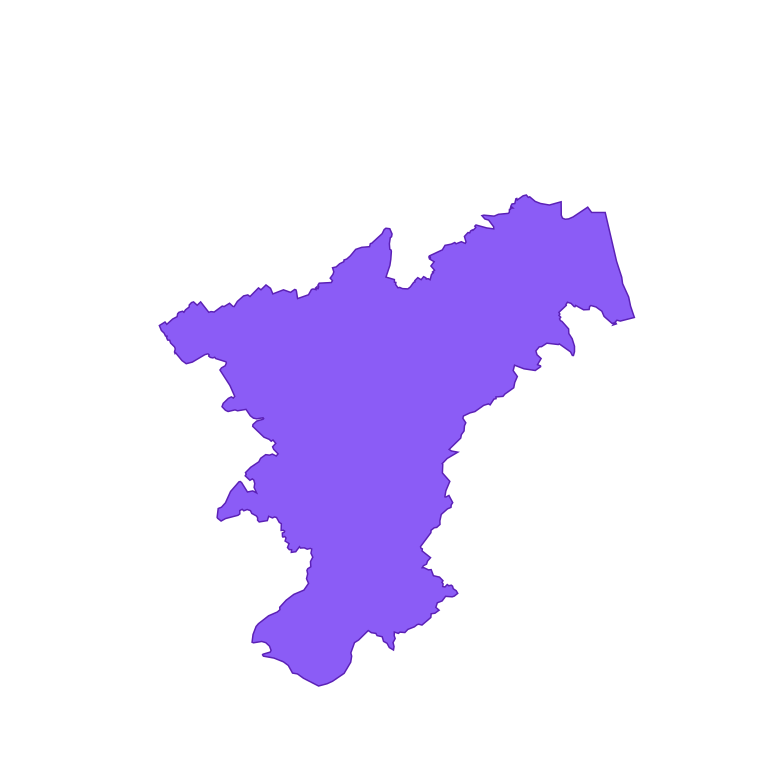 Madaripur, Dhaka, Bangladesh (orthographic projection), rotated 45°
{"feature_id": "16705992B87985099055959", "entity_name": "Madaripur", "entity_type": "district", "adm_level": 2, "iso_a3": "BGD", "parent_name": "Bangladesh", "parent_adm1": "Dhaka", "projection": "orthographic", "projection_center": [90.154, 23.231], "detail": "fine", "context": "isolated", "style": "filled", "palette": "violet", "viewbox_px": 768, "rotation_deg": 45, "n_neighbors": 0, "source": "geoboundaries", "source_scale": "gbopen_adm2", "svg_char_len": 6170}
<svg xmlns="http://www.w3.org/2000/svg" viewBox="0 0 768 768"><g transform="rotate(45 384 384)"><path d="M578.8,565.4L576.8,562.6L573.2,560.4L571.9,556.1L569.2,554.8L566.7,552.1L570.5,550.2L570.7,548.2L574.5,545.0L574.4,540.6L577.2,534.2L577.6,530.7L578.4,529.3L581.3,527.6L582.2,516.0L579.8,513.1L582.1,510.1L582.9,505.0L578.6,505.3L576.4,501.0L578.5,496.3L577.7,490.6L582.7,486.3L583.7,484.3L584.2,479.9L581.2,479.1L577.8,479.8L575.4,478.5L573.8,478.7L572.5,480.8L570.5,481.1L570.6,484.4L568.7,485.7L567.1,483.5L565.3,483.3L564.8,481.4L559.8,481.3L554.5,484.6L548.6,481.9L546.9,484.0L542.3,485.6L540.9,486.9L540.4,484.6L541.4,481.3L540.0,478.4L539.7,473.9L529.0,475.1L527.7,473.5L525.9,473.9L524.8,473.2L522.3,456.0L520.7,454.1L521.2,450.1L522.7,448.1L522.9,443.7L520.3,441.3L516.7,435.7L517.2,427.3L518.6,423.9L517.0,421.9L516.5,419.3L508.7,416.9L507.7,420.1L506.8,420.7L503.3,415.8L499.4,406.3L488.2,405.6L482.4,399.3L481.5,399.2L481.3,392.0L484.4,380.0L479.0,383.7L476.3,384.2L476.5,368.0L474.5,365.1L473.8,360.6L470.4,356.6L469.3,353.6L464.0,352.5L462.8,350.4L465.2,343.7L467.8,339.2L469.6,328.6L471.9,324.2L473.8,323.7L472.4,317.0L473.6,315.1L472.3,314.0L476.9,308.6L476.6,305.6L478.4,294.9L475.4,290.5L473.0,284.4L465.9,283.2L463.0,278.4L472.2,274.3L481.4,267.5L482.5,261.0L481.8,260.5L478.9,261.8L477.1,254.9L471.5,255.1L468.0,253.2L467.5,247.9L469.0,246.2L470.3,240.0L479.4,232.8L479.6,231.7L493.1,229.4L497.0,230.6L497.8,229.9L495.9,226.5L492.0,222.6L485.0,218.9L479.0,217.6L475.6,214.5L465.7,213.9L464.0,214.4L462.1,213.9L461.7,211.8L459.2,211.8L458.9,210.2L457.0,209.7L457.3,199.5L456.5,199.2L455.9,196.5L459.3,194.7L463.7,194.8L464.4,194.3L464.0,192.9L472.7,190.4L476.4,186.3L474.6,183.8L474.8,182.2L479.5,179.6L486.6,178.5L491.8,180.6L502.4,179.9L503.7,177.9L504.2,180.3L505.8,177.2L503.7,176.6L503.6,174.2L506.6,172.4L514.0,159.9L503.3,154.6L495.5,149.5L481.7,144.3L476.6,140.4L461.7,132.8L419.1,106.3L409.5,115.9L403.0,114.9L399.6,132.1L397.8,136.7L395.6,139.4L392.9,140.5L390.0,139.3L380.4,129.9L374.4,140.5L367.0,145.7L361.8,148.0L354.7,148.6L354.1,150.0L351.0,149.7L349.3,152.5L348.1,159.6L346.7,158.9L346.3,159.8L348.9,163.9L347.2,166.2L347.8,168.2L348.9,170.0L349.1,168.5L350.7,168.4L349.4,169.8L349.9,171.1L349.3,171.9L351.3,174.1L351.2,175.5L344.9,183.1L343.2,187.4L335.2,194.0L334.2,195.7L338.6,196.0L342.1,194.1L350.4,195.3L351.9,196.7L346.3,201.0L336.6,206.5L336.6,208.2L338.1,208.3L338.3,209.3L338.2,212.5L337.5,212.5L337.0,214.7L337.7,216.5L336.3,217.5L336.5,222.8L341.6,225.6L342.0,227.1L338.1,228.7L335.8,233.9L334.0,233.9L332.7,237.5L329.1,242.8L330.4,247.9L325.5,261.3L325.8,262.2L327.0,261.5L327.8,262.2L327.0,263.0L327.7,263.4L333.0,262.1L333.7,267.4L339.3,267.8L339.1,270.5L340.2,270.4L340.1,272.9L342.9,277.7L340.8,278.3L339.6,279.9L338.5,279.3L336.1,280.1L336.5,284.0L332.7,284.9L332.7,289.1L333.7,289.9L333.1,291.1L334.0,296.7L333.6,299.9L329.6,303.5L326.8,304.6L325.8,306.1L321.8,305.4L320.6,303.8L319.4,304.6L317.5,302.8L309.8,307.0L304.3,296.0L300.7,291.1L295.5,285.1L294.3,284.3L292.8,284.6L288.6,281.0L285.0,276.1L285.2,274.5L283.6,272.2L278.3,270.1L275.2,272.5L274.9,274.7L276.4,279.0L275.8,293.1L275.1,294.4L276.7,297.1L271.6,303.1L268.8,308.8L269.6,317.3L269.3,322.0L268.0,324.6L269.1,325.9L267.6,330.4L267.4,335.0L265.4,338.2L269.2,340.2L270.4,342.6L271.1,347.2L274.5,347.4L275.0,349.5L266.9,358.5L267.3,360.5L269.1,361.5L270.0,363.2L268.9,364.1L267.8,362.7L267.7,364.7L269.1,365.4L266.6,367.0L265.9,368.5L267.5,374.3L262.5,384.7L256.6,380.4L255.2,379.7L254.0,380.3L253.1,385.3L246.3,388.5L241.7,398.9L236.1,396.6L230.5,397.4L230.4,404.4L227.3,404.8L227.4,416.9L224.7,417.3L222.4,421.0L221.9,429.3L223.3,435.2L222.2,436.0L217.7,436.1L216.2,442.3L214.5,443.3L213.0,453.2L210.5,455.1L209.4,457.2L196.3,455.6L196.2,460.4L191.3,460.6L190.3,462.5L190.4,465.8L191.8,467.3L191.2,471.9L191.8,474.8L190.1,475.0L188.3,478.3L188.4,480.2L190.1,482.7L188.6,487.5L188.2,495.4L185.3,495.0L183.8,501.5L188.8,503.6L192.6,503.5L195.6,504.6L196.8,503.6L197.4,504.9L199.9,505.9L201.5,504.6L204.1,505.9L209.7,505.9L211.6,506.8L213.2,509.5L214.7,510.2L214.7,509.3L224.6,510.3L229.8,509.5L233.0,504.0L236.6,489.9L238.1,487.2L239.6,487.0L240.3,488.2L242.4,488.0L244.5,486.6L245.4,484.8L247.0,485.0L256.5,480.1L257.7,480.6L258.8,483.4L257.7,487.5L258.1,490.1L276.1,494.0L287.2,498.3L287.4,500.5L285.2,501.0L284.1,504.2L284.0,511.4L285.5,514.6L290.4,514.7L293.2,513.7L297.0,507.6L299.4,506.5L304.4,499.5L311.9,501.0L315.8,500.5L318.7,498.6L322.3,493.4L323.4,493.6L323.4,494.5L320.2,500.2L320.0,505.3L321.1,506.8L336.7,506.5L342.0,504.3L344.7,504.2L345.1,502.1L349.4,502.5L349.6,507.2L352.2,508.2L358.5,508.3L358.7,511.1L354.6,512.5L353.4,515.2L350.3,517.6L349.3,523.8L350.5,527.5L348.6,537.2L348.7,544.6L350.3,545.2L350.8,547.1L357.3,546.9L358.0,544.2L359.9,544.0L363.0,545.8L365.3,549.0L370.9,551.1L366.8,552.4L363.8,556.9L353.0,554.4L351.3,554.6L350.6,555.7L351.5,568.5L355.9,580.1L356.2,586.0L354.8,589.3L360.3,596.3L361.3,596.6L365.7,596.1L367.1,591.2L373.6,580.1L373.9,577.8L371.5,575.5L372.3,572.9L374.5,572.8L376.0,569.5L379.1,568.0L382.0,569.0L387.2,567.5L389.3,568.0L390.9,569.7L393.3,569.8L398.1,563.1L396.0,559.1L399.8,557.6L400.6,555.4L402.4,554.4L407.8,555.9L410.2,555.4L414.8,560.3L416.2,558.6L417.8,558.3L418.3,559.3L417.5,561.3L420.0,563.6L420.8,563.7L421.7,562.0L423.6,562.2L425.1,565.0L429.7,564.0L431.4,567.9L434.2,568.1L435.8,566.5L437.5,568.6L440.2,565.0L439.3,558.8L440.9,559.1L443.5,556.2L446.5,555.1L448.1,552.4L449.6,551.8L452.0,555.3L456.1,556.8L457.6,561.6L461.5,565.0L460.7,568.5L461.3,570.3L464.3,572.2L466.9,576.5L471.6,578.3L473.1,586.4L469.0,596.5L467.7,605.9L468.1,615.6L470.0,617.2L469.8,620.6L466.3,629.5L464.7,642.2L465.0,645.9L468.5,653.7L473.3,659.9L474.7,659.3L479.6,652.5L483.3,650.5L488.3,650.3L492.5,652.2L493.1,654.0L489.5,660.6L489.6,661.4L491.2,661.7L500.0,655.6L509.3,651.6L515.3,650.7L523.7,653.1L527.8,650.2L535.2,649.0L551.3,643.8L555.7,636.2L557.8,630.6L560.4,616.8L557.2,604.3L553.6,599.3L550.7,597.6L546.0,587.7L547.1,583.0L547.2,569.5L550.9,568.8L554.6,566.1L557.0,566.8L561.4,564.0L565.7,566.3L569.5,565.2L574.1,566.6L578.8,565.4Z" fill="#8b5cf6" stroke="#5b21b6" stroke-width="1.5"/></g></svg>